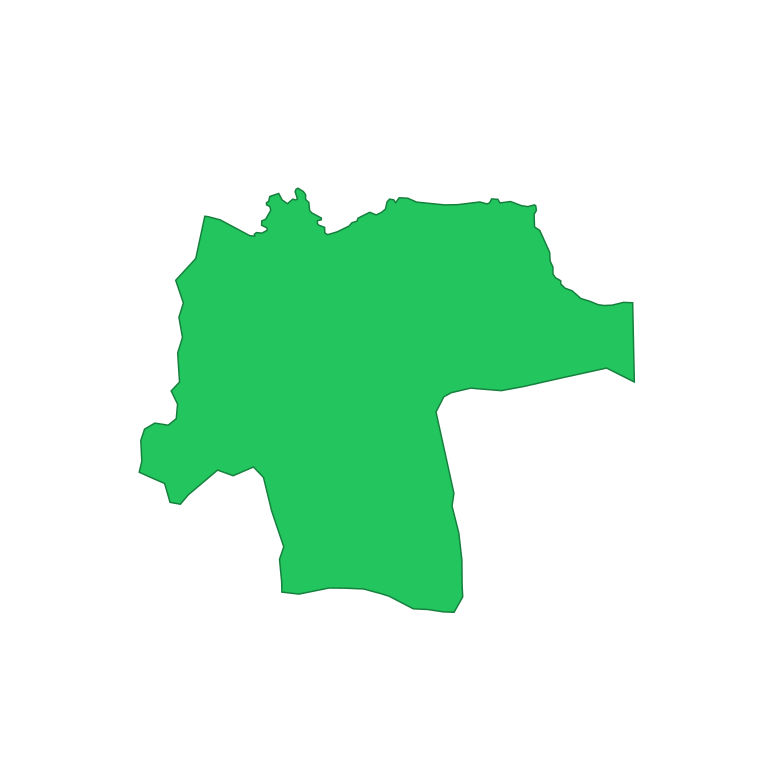 Fako, Sud-Ouest, Cameroon, rotated 151°
{"feature_id": "32672807B90592144632468", "entity_name": "Fako", "entity_type": "district", "adm_level": 2, "iso_a3": "CMR", "parent_name": "Cameroon", "parent_adm1": "Sud-Ouest", "projection": "mercator", "projection_center": [9.222, 4.196], "detail": "fine", "context": "isolated", "style": "filled", "palette": "green", "viewbox_px": 768, "rotation_deg": 151, "n_neighbors": 0, "source": "geoboundaries", "source_scale": "gbopen_adm2", "svg_char_len": 2007}
<svg xmlns="http://www.w3.org/2000/svg" viewBox="0 0 768 768"><g transform="rotate(151 384 384)"><path d="M574.2,251.5L560.3,241.5L530.9,232.2L517.7,224.7L501.2,214.6L488.5,202.3L482.5,196.0L467.4,173.2L455.1,165.6L442.8,156.1L433.4,150.4L418.4,159.6L413.2,170.2L401.3,192.1L390.8,217.4L383.7,244.2L375.8,254.6L352.1,334.3L337.9,343.8L329.4,343.8L309.9,338.3L306.0,335.5L284.6,321.3L263.4,314.2L225.0,303.0L181.7,290.1L164.1,264.4L127.1,334.5L135.0,339.3L146.4,342.4L153.5,346.0L158.0,349.3L164.0,356.7L170.4,363.4L174.3,374.3L179.3,380.2L180.9,385.7L179.4,388.6L182.5,393.8L182.9,398.2L179.6,404.3L179.1,410.9L175.3,418.8L173.3,442.9L176.2,448.3L173.6,453.5L170.4,459.7L166.6,461.9L164.9,466.2L165.5,467.7L172.2,469.4L177.3,473.3L184.8,482.2L194.8,486.2L194.9,490.3L200.1,493.7L203.9,491.2L206.6,491.6L212.0,496.8L232.3,505.0L237.3,507.6L244.1,511.2L267.3,527.3L273.1,534.9L280.4,539.5L286.0,537.0L286.2,540.4L289.5,543.0L293.0,541.8L297.9,536.3L303.1,535.3L308.9,535.7L313.2,541.1L322.4,541.5L326.3,541.6L328.8,539.5L333.8,540.6L338.0,539.1L351.3,539.8L360.9,541.9L362.5,544.8L360.0,549.8L364.3,554.9L364.3,557.2L362.9,559.1L359.3,558.0L358.3,559.5L364.3,568.8L364.9,571.9L361.7,579.3L363.1,583.3L360.8,587.6L361.2,591.3L363.7,595.9L364.3,596.9L366.6,596.9L368.5,595.3L370.0,587.8L372.1,587.8L374.1,589.9L381.0,588.5L383.9,594.5L383.7,601.7L393.0,603.4L396.3,599.7L398.9,599.5L399.9,597.7L397.8,594.4L398.9,590.8L407.6,585.5L411.8,585.9L414.1,582.2L410.6,577.1L411.8,575.0L417.7,575.2L422.2,578.3L423.3,578.1L424.7,577.9L425.4,576.1L429.5,578.8L447.7,607.0L456.8,615.7L459.4,617.6L487.8,585.0L515.9,575.7L520.2,552.1L531.0,541.8L537.7,522.4L549.4,511.2L561.9,484.8L573.5,481.1L574.3,466.5L582.5,454.4L592.7,452.6L603.4,460.9L615.3,460.6L624.1,452.5L633.3,433.8L640.9,425.5L633.7,415.9L624.1,403.3L628.5,384.2L620.4,377.6L608.7,382.0L571.3,389.4L560.4,376.9L538.4,374.7L534.7,360.7L543.8,327.5L550.6,290.2L560.4,281.3L569.5,260.4L574.2,251.5Z" fill="#22c55e" stroke="#15803d" stroke-width="1.5"/></g></svg>